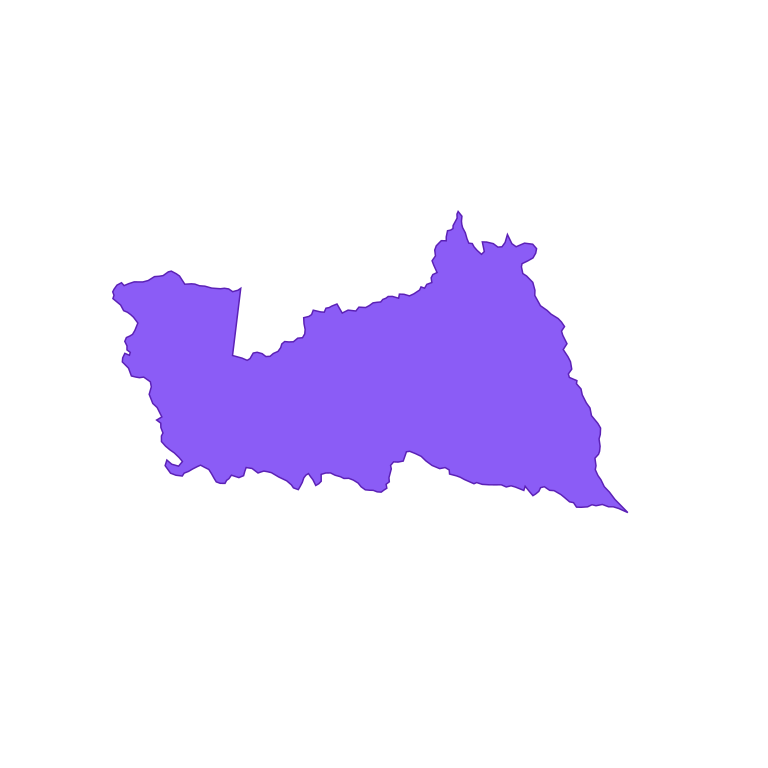 outline of Trombas, Goiás, Brazil, rotated 308°
{"feature_id": "56859067B26848935724930", "entity_name": "Trombas", "entity_type": "district", "adm_level": 2, "iso_a3": "BRA", "parent_name": "Brazil", "parent_adm1": "Goiás", "projection": "equal_earth", "projection_center": [-48.759, -13.427], "detail": "fine", "context": "isolated", "style": "filled", "palette": "violet", "viewbox_px": 768, "rotation_deg": 308, "n_neighbors": 0, "source": "geoboundaries", "source_scale": "gbopen_adm2", "svg_char_len": 4215}
<svg xmlns="http://www.w3.org/2000/svg" viewBox="0 0 768 768"><g transform="rotate(308 384 384)"><path d="M432.8,655.3L435.2,637.1L437.6,628.2L438.7,620.8L442.1,613.9L443.6,608.9L446.6,603.2L450.1,601.4L455.4,595.9L460.7,596.3L463.7,595.3L468.0,592.6L473.1,587.3L477.4,585.5L482.6,581.8L484.6,576.8L486.8,567.0L491.9,561.1L493.7,555.0L497.5,546.9L501.4,542.3L502.7,535.5L505.4,534.0L503.3,526.0L505.4,523.1L511.3,522.8L516.4,517.2L518.7,512.3L521.5,504.0L528.4,503.4L532.5,494.8L535.0,491.3L540.4,490.9L542.1,485.7L542.8,480.9L541.9,472.6L542.4,467.3L542.0,459.1L546.6,448.3L550.8,445.2L555.7,438.7L556.9,429.9L556.5,425.4L561.0,420.1L563.8,418.7L569.5,421.5L575.1,423.8L580.5,423.0L584.6,420.9L585.7,415.1L581.5,408.0L573.5,403.6L573.3,398.4L577.8,389.2L570.1,392.3L564.8,392.5L562.0,389.5L561.9,383.7L559.0,377.4L556.5,374.0L550.1,381.5L546.2,381.0L546.6,375.2L547.5,370.5L549.0,367.1L547.2,364.1L549.6,359.9L553.2,355.0L555.6,349.7L557.7,347.0L560.0,344.8L564.2,342.1L565.6,336.2L562.8,336.9L559.7,339.5L551.4,340.9L548.9,342.7L546.2,341.7L543.9,339.7L538.2,342.5L535.2,344.9L532.2,340.9L528.9,340.5L525.1,340.1L520.8,341.5L516.6,345.7L510.7,346.0L508.4,349.8L504.5,357.2L500.3,355.1L496.7,355.8L493.4,359.2L488.9,356.4L484.5,357.0L483.3,353.4L480.0,354.2L473.4,352.0L469.1,349.8L467.0,344.5L464.3,340.8L460.6,342.7L458.2,336.7L455.5,333.4L452.8,332.7L449.9,331.0L446.6,330.9L443.9,328.0L441.2,325.4L436.9,324.2L433.0,322.5L429.1,316.9L424.2,316.9L420.1,310.2L414.2,307.4L415.6,303.8L418.1,297.7L413.3,294.9L410.4,293.7L408.0,291.6L403.8,292.7L401.8,289.7L398.6,282.8L394.1,284.2L391.0,283.2L386.8,279.9L382.2,283.9L378.4,288.3L374.7,290.7L370.3,291.3L367.0,287.8L361.5,286.6L358.6,283.2L356.3,279.6L352.6,278.8L349.1,280.2L344.4,280.4L339.9,278.0L335.7,277.2L332.9,274.0L332.9,269.3L330.9,264.5L327.9,261.9L321.5,262.8L318.4,261.6L317.0,256.2L313.2,247.1L371.2,212.2L368.0,211.2L363.6,207.9L363.3,203.1L361.2,199.3L358.4,196.5L353.5,189.2L350.8,182.6L347.8,178.1L346.3,173.5L344.4,170.6L340.0,165.6L343.2,156.4L343.0,152.5L342.0,146.9L339.6,145.0L333.4,143.2L330.6,140.6L327.3,137.0L320.4,134.5L315.9,131.1L310.6,124.2L305.8,121.0L301.5,118.6L302.2,114.8L297.5,112.7L292.6,112.9L289.6,113.5L287.7,116.6L284.4,117.8L284.1,127.8L281.5,133.7L282.6,137.7L282.7,141.6L282.4,145.5L280.5,152.5L272.8,154.7L268.3,155.3L265.2,154.1L262.0,152.4L258.0,153.5L255.8,158.0L252.6,160.5L252.7,164.6L249.9,165.7L248.6,160.9L243.7,162.0L240.3,164.2L239.2,172.9L234.8,180.0L236.6,184.0L238.4,187.4L241.5,190.4L241.9,198.5L238.5,202.4L231.3,205.3L226.3,213.8L225.8,219.7L221.3,229.2L215.6,227.0L215.7,232.2L212.3,235.0L209.3,240.0L206.0,240.6L201.6,244.1L200.5,250.2L200.3,255.6L200.6,261.2L199.9,267.9L198.8,272.9L192.8,272.7L190.1,266.1L190.4,259.7L184.9,261.8L182.3,270.7L184.0,276.2L187.3,281.7L190.7,281.4L194.8,283.8L199.4,285.6L204.3,287.9L207.1,289.4L207.8,293.5L208.8,298.6L207.0,303.6L205.1,308.1L203.6,312.1L204.9,316.1L207.8,319.9L211.1,319.3L213.9,320.1L218.2,319.9L220.9,327.3L225.3,329.8L229.7,328.0L233.3,326.8L236.2,332.0L236.3,339.5L238.8,341.1L241.4,342.9L243.2,346.3L244.8,349.8L245.9,358.3L247.8,366.9L247.5,373.1L246.4,376.6L248.0,381.5L251.6,381.0L256.1,380.2L260.7,378.6L264.1,378.6L266.9,379.6L265.7,383.4L264.8,386.9L262.0,392.7L265.2,394.0L268.7,394.4L274.1,390.1L278.0,392.9L281.0,396.6L282.0,401.6L284.1,406.7L284.9,410.6L288.0,414.3L289.4,419.0L290.0,424.6L288.9,429.2L289.1,434.4L291.6,438.3L293.6,441.0L294.8,445.0L297.1,448.4L300.2,449.2L303.6,450.4L306.3,447.4L310.2,448.4L313.2,445.6L317.4,443.8L321.6,442.0L323.9,439.3L328.5,439.5L331.2,443.2L335.1,446.6L339.8,445.0L344.4,443.4L346.8,445.7L348.5,451.6L349.9,457.8L349.2,464.3L349.4,472.0L351.6,480.0L355.8,483.6L356.4,488.3L353.4,491.1L356.2,497.6L357.5,501.6L358.2,506.0L360.8,516.3L363.4,517.7L365.4,523.2L369.3,528.9L373.0,533.7L376.8,538.5L378.1,543.7L382.0,546.8L383.7,551.0L386.2,559.7L390.3,558.2L388.7,565.3L387.7,570.1L390.7,571.2L394.7,572.1L398.7,571.2L401.8,573.6L402.2,580.0L404.7,583.7L405.8,591.5L405.7,595.8L405.4,602.8L407.2,606.4L405.5,611.5L408.1,615.1L412.6,620.1L416.9,622.2L418.6,626.0L423.5,630.2L425.5,636.6L428.4,640.3L430.4,645.6L431.4,649.8L432.8,655.3Z" fill="#8b5cf6" stroke="#5b21b6" stroke-width="1.5"/></g></svg>